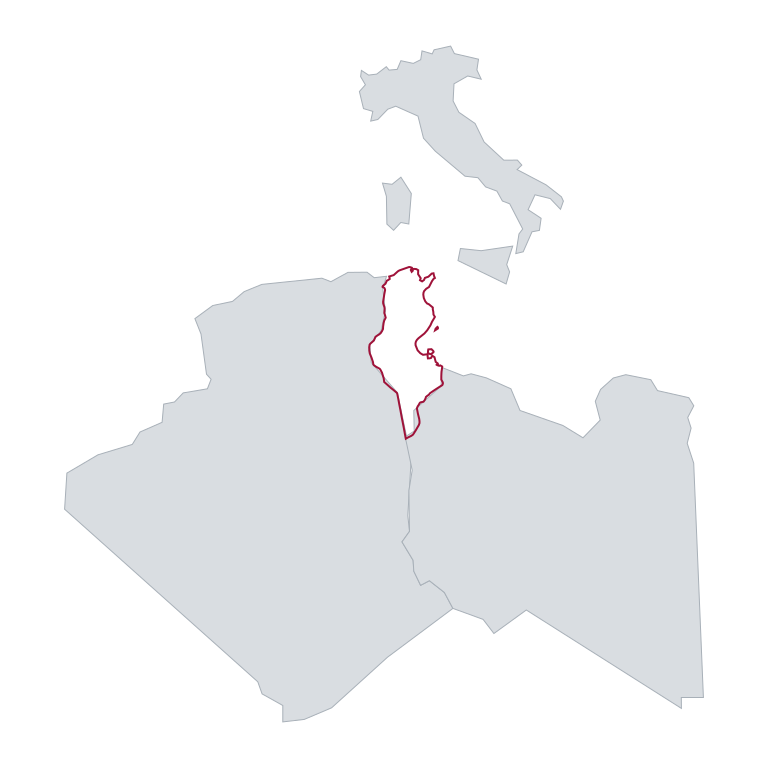 Tunisia and the surrounding countries
{"feature_id": "TUN", "entity_name": "Tunisia", "entity_type": "country or territory", "adm_level": 0, "iso_a3": "TUN", "parent_name": "Africa", "parent_adm1": "", "projection": "equal_earth", "projection_center": [9.904, 33.785], "detail": "fine", "context": "with_neighbors", "style": "outline", "palette": "rose", "viewbox_px": 768, "rotation_deg": 0, "n_neighbors": 3, "source": "natural_earth", "source_scale": "50m", "svg_char_len": 4538}
<svg xmlns="http://www.w3.org/2000/svg" viewBox="0 0 768 768"><path d="M64.6,509.2L66.9,473.1L98.0,454.8L132.3,444.4L140.0,432.0L162.1,422.3L163.7,404.1L174.5,402.0L183.2,392.9L207.4,388.8L211.1,379.3L206.5,374.2L201.0,334.0L194.9,318.6L212.8,305.5L232.5,301.4L244.2,291.6L261.8,284.4L321.9,278.2L330.9,281.7L347.9,272.4L367.0,272.2L374.2,277.7L386.5,276.3L382.7,288.4L385.4,311.1L381.0,330.9L369.8,344.3L371.2,362.5L397.4,392.7L411.2,458.6L407.8,515.6L409.5,531.4L402.0,541.9L413.1,560.3L413.8,571.2L420.6,585.3L429.4,580.7L444.4,592.5L452.9,608.4L387.5,657.2L331.6,707.8L304.3,719.4L282.8,721.9L282.8,705.5L262.1,693.9L257.8,681.8L64.6,509.2Z" fill="#d9dde1" stroke="#a8b0b8" stroke-width="1"/><path d="M422.0,50.9L432.2,53.9L434.1,49.8L450.6,46.1L454.4,53.6L478.5,59.2L476.9,69.9L481.2,79.2L467.7,76.0L454.0,83.8L453.1,101.0L458.9,112.3L475.1,123.5L484.1,142.0L503.8,160.2L517.4,160.1L521.8,165.1L517.1,169.6L546.0,184.8L561.4,196.8L563.4,201.1L560.5,209.3L550.3,198.6L535.0,194.8L528.1,209.7L541.1,218.3L539.4,230.4L532.0,231.8L523.2,251.8L515.8,253.6L519.0,233.9L522.7,229.0L509.7,203.8L502.4,201.0L496.9,191.1L485.6,186.9L477.9,177.7L465.0,176.2L435.3,151.2L423.5,138.2L418.0,116.1L395.7,106.2L387.8,109.2L377.8,119.5L370.7,121.1L372.8,111.4L363.5,108.6L359.4,91.5L365.4,84.8L360.6,76.6L361.4,70.4L368.6,75.1L376.7,74.1L386.3,66.7L389.1,70.1L397.2,69.4L400.9,60.7L413.3,63.4L420.7,59.7L422.0,50.9ZM481.2,250.7L512.7,246.1L506.7,264.6L509.6,271.9L506.1,284.0L458.0,260.6L460.4,248.5L481.2,250.7ZM392.1,184.3L400.9,177.2L411.3,193.5L408.8,224.0L400.8,222.5L393.6,230.3L386.9,224.1L386.4,196.3L382.5,183.1L392.1,184.3Z" fill="#d9dde1" stroke="#a8b0b8" stroke-width="1"/><path d="M693.7,463.2L703.4,697.5L681.3,697.5L681.4,708.4L526.3,610.0L493.9,633.5L483.1,619.4L452.9,608.4L444.4,592.5L429.4,580.7L420.6,585.3L413.8,571.2L413.1,560.3L402.0,541.9L409.5,531.4L408.9,490.5L412.2,470.2L405.2,436.8L414.2,431.1L413.8,410.5L441.0,386.2L441.9,367.5L463.4,375.9L471.1,373.8L486.4,377.9L510.9,388.8L520.0,410.5L562.9,425.5L583.0,437.8L600.2,420.1L595.3,401.3L600.6,389.4L613.3,378.0L625.8,374.7L650.8,379.7L657.5,390.6L688.8,397.7L693.8,405.8L687.7,417.5L691.1,428.1L687.2,443.3L693.7,463.2Z" fill="#d9dde1" stroke="#a8b0b8" stroke-width="1"/><path d="M442.2,366.5L442.2,367.1L441.5,371.7L441.4,373.4L441.3,376.2L441.3,379.6L442.8,382.4L442.9,383.7L442.3,385.1L439.6,386.8L436.2,389.0L433.2,391.0L429.9,393.3L428.9,394.7L427.3,395.8L425.9,397.0L425.7,398.0L424.7,400.1L423.5,401.7L420.4,402.4L419.8,402.9L418.4,405.4L417.7,406.3L416.9,408.4L417.9,413.6L419.2,418.9L419.5,421.2L419.5,423.1L418.8,425.1L417.1,428.0L415.9,430.1L413.5,433.9L412.8,434.8L411.2,435.9L408.1,437.4L405.8,438.7L404.7,432.9L403.8,427.9L403.0,423.8L401.6,416.7L400.5,410.6L399.3,404.5L398.3,399.0L397.2,393.5L396.7,392.7L393.5,390.0L390.6,387.7L387.5,384.9L384.2,382.0L383.7,378.3L382.0,372.7L380.3,369.5L379.6,368.7L376.0,366.7L373.9,365.2L373.3,364.4L373.0,362.1L371.5,357.6L369.8,353.5L369.3,350.7L369.2,347.2L369.6,344.7L370.3,343.7L373.9,340.5L375.5,336.8L377.5,335.4L379.3,334.3L380.7,333.1L382.0,331.1L383.0,329.0L383.1,326.7L383.6,323.1L384.2,320.6L385.7,317.7L385.1,315.4L384.3,313.0L384.6,308.7L384.4,307.0L383.8,305.4L383.2,303.5L383.1,301.8L383.8,297.5L384.3,294.2L385.1,290.0L384.8,288.8L384.3,287.9L382.6,287.0L382.6,286.4L383.0,285.8L385.5,283.7L386.8,280.7L388.0,280.1L389.7,279.0L389.6,277.8L389.2,276.5L393.7,275.1L397.9,271.3L399.4,270.4L409.1,267.0L410.4,267.2L411.8,267.7L411.4,269.0L410.8,270.0L411.7,271.8L412.8,270.7L412.5,270.0L412.5,269.0L414.5,268.9L416.3,269.1L418.2,270.2L418.1,274.2L420.7,278.2L420.0,280.2L422.1,281.4L424.0,280.0L424.9,277.9L428.4,276.7L431.7,273.6L433.5,273.3L434.0,275.8L434.9,278.0L433.6,278.8L432.0,281.1L429.0,287.0L426.2,288.8L424.1,291.1L423.5,292.7L423.3,294.6L423.8,298.0L425.3,301.4L427.1,303.5L428.8,304.2L432.8,307.5L432.8,309.4L433.3,311.8L433.5,314.6L434.9,316.9L432.0,321.8L430.4,325.4L427.2,330.3L424.4,333.5L418.4,338.3L416.9,339.9L415.9,341.6L415.5,343.3L415.6,345.3L417.6,350.3L420.3,353.2L423.0,354.8L427.7,354.2L427.6,356.1L427.9,358.4L429.8,358.3L431.1,357.9L432.2,355.7L434.5,357.2L435.7,361.9L437.7,363.4L437.9,363.9L437.2,364.3L436.7,364.8L437.3,365.2L439.2,365.8L440.3,365.4L442.2,366.5ZM432.2,353.4L431.7,353.5L430.8,354.1L430.3,354.2L429.0,353.5L428.5,353.5L427.9,353.0L428.1,350.2L428.3,349.4L431.5,349.2L433.2,350.9L433.5,351.4L433.6,351.9L432.8,352.8L432.2,353.4ZM437.9,328.5L435.1,330.3L435.6,328.7L437.4,326.9L437.9,327.4L437.9,328.5Z" fill="none" stroke="#9f1239" stroke-width="2"/></svg>